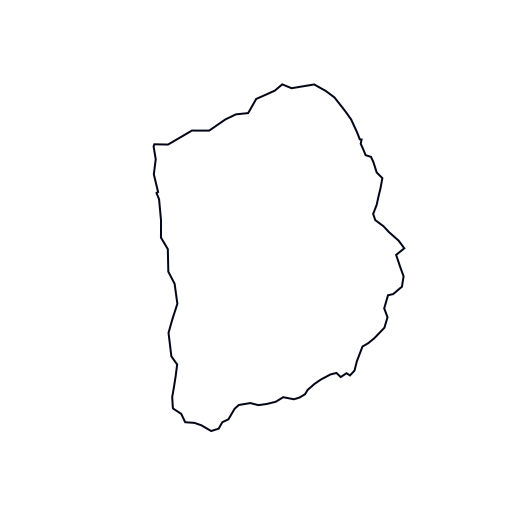 outline of Kelokedara, Paphos, Cyprus, rotated 315°
{"feature_id": "46923920B54949765658337", "entity_name": "Kelokedara", "entity_type": "district", "adm_level": 2, "iso_a3": "CYP", "parent_name": "Cyprus", "parent_adm1": "Paphos", "projection": "robinson", "projection_center": [32.643, 34.814], "detail": "fine", "context": "isolated", "style": "outline", "palette": "ink", "viewbox_px": 512, "rotation_deg": 315, "n_neighbors": 0, "source": "geoboundaries", "source_scale": "gbopen_adm2", "svg_char_len": 1359}
<svg xmlns="http://www.w3.org/2000/svg" viewBox="0 0 512 512"><g transform="rotate(315 256 256)"><path d="M230.2,141.1L227.6,147.3L213.9,163.8L201.8,175.8L198.5,188.8L182.9,205.1L178.8,218.1L166.6,234.2L151.9,241.7L139.8,248.5L132.2,258.2L125.2,267.1L123.5,277.0L114.3,284.1L104.0,291.6L97.1,296.4L90.6,303.7L89.5,305.2L91.5,314.8L88.4,323.5L94.5,330.5L97.7,337.2L100.5,348.0L107.5,351.7L114.7,349.7L121.0,352.0L132.8,348.9L138.5,349.2L148.0,356.0L152.2,363.1L158.9,368.2L166.8,373.0L175.4,375.1L181.5,384.1L186.5,386.8L192.9,388.4L197.9,387.2L206.9,387.8L214.4,389.2L224.9,392.4L230.2,395.6L230.3,401.5L237.1,402.9L238.0,406.9L241.6,406.8L244.6,406.7L252.8,401.8L267.3,395.3L273.7,397.0L281.6,397.8L296.1,397.5L305.7,392.3L309.6,383.7L321.6,377.1L326.0,379.9L333.1,380.5L337.5,380.9L346.0,374.7L350.7,364.7L355.9,354.3L366.3,355.4L367.7,346.2L366.9,332.9L367.2,325.1L365.7,315.0L368.6,309.1L377.6,305.1L385.7,299.9L392.3,295.9L400.4,290.3L400.4,282.3L405.5,272.4L407.4,267.2L404.8,262.2L407.3,256.3L409.4,250.7L413.0,248.3L411.9,246.9L415.1,239.5L419.8,226.8L421.5,216.7L423.6,199.4L422.0,188.5L418.4,175.8L399.8,162.5L395.9,153.2L386.3,152.4L367.2,145.1L351.5,149.4L341.9,141.6L331.0,137.8L311.5,134.2L299.4,122.0L272.6,115.0L263.1,105.1L261.1,106.1L253.5,116.7L241.5,126.0L232.0,141.5L230.2,141.1Z" fill="none" stroke="#020617" stroke-width="2"/></g></svg>